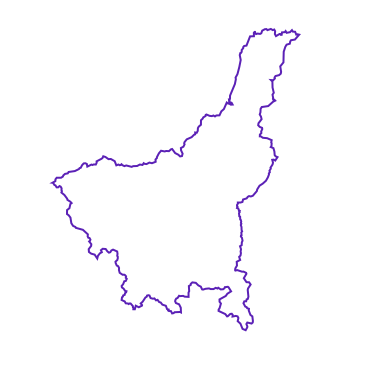 Caylloma, Arequipa, Peru, rotated 169°
{"feature_id": "86281439B30825453994343", "entity_name": "Caylloma", "entity_type": "district", "adm_level": 2, "iso_a3": "PER", "parent_name": "Peru", "parent_adm1": "Arequipa", "projection": "albers", "projection_center": [-71.786, -15.701], "detail": "fine", "context": "isolated", "style": "outline", "palette": "violet", "viewbox_px": 384, "rotation_deg": 169, "n_neighbors": 0, "source": "geoboundaries", "source_scale": "gbopen_adm2", "svg_char_len": 5986}
<svg xmlns="http://www.w3.org/2000/svg" viewBox="0 0 384 384"><g transform="rotate(169 192 192)"><path d="M327.2,227.7L326.6,227.5L325.7,225.1L324.8,224.6L324.0,222.4L322.6,222.1L320.9,223.1L319.9,222.3L319.3,220.5L319.8,218.6L319.5,217.7L320.3,216.4L317.8,213.4L315.8,209.2L315.8,208.1L313.3,205.7L312.3,204.1L313.7,203.4L315.4,199.5L318.1,198.1L318.9,194.2L317.5,192.7L316.2,190.1L316.4,184.4L315.2,181.4L313.1,179.9L312.9,179.0L306.3,175.7L302.3,170.3L302.9,168.4L302.5,166.9L301.4,166.4L300.8,164.7L301.4,163.6L302.4,163.1L300.8,160.0L301.3,158.3L304.3,155.6L304.6,152.8L302.7,150.7L299.5,149.1L297.7,144.8L296.5,147.3L294.1,149.4L292.0,150.1L292.5,152.2L290.5,153.3L287.6,152.5L286.4,149.9L285.1,148.3L283.7,148.5L282.3,150.0L280.5,150.5L276.8,147.9L276.9,145.5L277.6,143.6L277.2,142.7L277.5,141.1L278.3,139.5L280.4,138.2L280.5,136.9L279.9,134.2L278.6,133.2L278.1,131.3L278.6,129.4L278.4,126.5L275.9,124.0L274.4,123.8L273.7,123.3L272.8,121.8L273.4,120.4L272.6,119.2L274.0,117.3L275.5,117.3L277.2,114.6L279.0,113.2L279.0,111.7L277.6,110.2L276.5,107.6L275.3,107.1L275.8,106.1L277.1,105.4L277.7,103.9L279.3,103.6L279.8,102.5L280.8,102.0L281.7,99.4L278.9,97.4L278.3,95.4L276.0,94.7L275.6,94.1L274.2,94.5L273.5,94.2L271.8,91.2L272.0,89.9L271.5,89.1L271.9,88.1L270.5,87.8L268.9,91.1L266.2,89.0L262.8,90.0L262.6,90.5L263.6,92.4L261.4,93.7L257.9,97.3L256.4,97.9L255.9,98.9L254.5,99.0L253.5,98.5L252.9,95.8L250.7,94.7L249.2,94.7L248.0,92.5L246.4,92.7L245.2,90.2L243.8,89.5L242.6,87.1L239.4,85.3L238.8,81.8L237.4,81.1L238.0,80.2L237.3,79.5L235.4,79.1L234.7,76.6L233.2,76.6L232.0,77.3L226.6,76.5L225.8,75.9L225.1,80.6L226.1,84.2L229.0,86.1L229.4,88.0L228.8,89.3L227.8,90.4L226.4,90.7L224.5,92.6L223.7,92.1L220.5,91.7L219.2,90.7L215.4,89.7L214.6,93.9L213.7,95.2L213.0,100.3L211.0,101.0L210.7,102.1L208.9,103.2L205.6,102.1L203.6,99.1L201.4,97.4L200.7,94.5L199.8,94.1L197.1,94.4L193.7,94.1L192.1,93.1L189.4,92.6L187.0,93.4L185.4,92.4L184.5,93.0L182.4,90.9L180.0,90.6L178.4,91.4L177.9,92.3L174.9,92.1L174.3,91.5L172.6,87.0L176.7,85.4L178.7,83.5L185.5,81.3L185.9,79.0L184.9,77.0L187.1,72.7L188.3,71.5L188.6,70.2L182.6,65.8L181.3,63.2L180.6,63.2L177.7,65.0L176.2,64.9L175.5,63.6L176.0,62.0L172.6,62.0L171.0,61.2L170.5,59.5L171.8,56.5L169.6,53.6L168.5,48.0L165.7,46.1L163.6,48.6L163.3,49.5L163.8,52.0L162.6,53.3L158.6,51.5L157.3,52.3L156.8,53.8L156.5,58.4L158.1,60.2L158.9,64.8L158.4,66.5L160.0,67.4L160.3,68.5L161.6,69.4L162.7,73.0L161.5,74.7L159.7,74.4L158.8,76.2L157.6,76.4L156.6,78.5L156.0,85.2L155.4,86.6L152.1,90.0L153.2,92.5L155.7,93.1L157.6,97.5L154.2,101.3L154.3,102.3L156.6,104.0L158.2,104.3L162.5,106.7L164.4,106.6L164.6,107.1L164.0,108.8L161.9,111.2L161.4,115.0L157.7,116.1L158.1,119.3L156.5,120.4L155.6,122.8L155.7,124.1L154.8,126.5L155.2,129.6L153.4,130.3L152.7,133.1L151.7,134.5L151.7,137.5L152.5,139.0L152.2,139.9L151.6,140.1L151.3,142.9L150.3,143.8L150.6,145.1L150.1,148.2L150.4,150.3L149.6,151.4L149.9,152.3L149.3,153.7L149.5,155.5L149.9,155.8L149.5,158.6L150.2,159.1L150.1,159.9L149.9,162.3L149.0,163.2L149.4,164.0L148.8,164.5L149.5,165.2L149.7,167.0L150.9,167.7L150.1,169.1L150.5,169.7L150.2,170.8L149.1,171.9L149.0,172.9L146.5,172.4L144.4,172.6L143.3,174.9L139.6,175.3L138.2,176.6L136.8,177.1L135.1,176.4L133.0,176.7L128.2,180.5L127.5,182.1L124.5,185.3L121.0,186.7L117.3,188.9L114.8,191.8L113.1,194.5L113.0,195.6L111.8,196.6L111.9,198.1L110.2,199.9L110.3,200.9L107.7,203.6L106.9,205.3L107.1,208.3L105.6,208.2L104.3,207.0L101.4,209.9L103.1,211.1L103.8,212.4L103.4,216.0L103.7,219.5L106.1,221.1L105.2,222.0L104.5,224.7L104.8,225.5L103.9,227.7L108.0,230.5L112.1,231.7L113.9,233.5L114.8,233.7L114.4,235.4L112.7,236.6L112.5,238.3L111.0,240.4L111.0,241.6L113.1,243.0L114.3,244.9L113.6,246.8L109.8,250.2L109.9,252.8L110.7,255.2L109.6,257.2L108.8,260.5L107.3,262.1L100.8,261.8L95.1,265.2L92.9,265.8L93.6,266.9L94.6,267.2L94.8,268.0L94.4,268.7L94.4,272.2L92.8,273.8L93.0,279.2L92.0,285.1L93.1,286.8L91.0,286.2L89.0,287.6L89.1,288.7L87.9,289.9L84.2,290.1L82.3,291.2L81.6,292.9L81.4,298.5L77.5,301.8L75.2,312.2L72.7,316.7L71.0,318.6L67.7,318.9L66.8,321.1L65.8,322.1L61.9,322.0L56.8,326.0L58.6,326.8L59.6,326.6L60.2,329.6L62.4,330.2L63.0,331.8L65.3,330.2L68.7,330.2L69.4,332.1L70.4,331.2L73.2,331.5L74.0,329.2L74.8,329.3L75.3,330.3L75.9,330.4L79.8,329.0L80.5,331.3L79.7,334.0L80.3,335.8L81.8,335.5L83.5,337.0L87.1,336.5L87.8,337.7L89.4,337.9L92.3,337.0L93.7,334.6L95.0,334.2L97.4,335.0L99.0,334.8L99.5,335.7L99.6,337.1L100.0,337.2L100.9,336.5L101.5,333.1L105.3,333.7L110.6,325.3L112.9,325.4L114.1,324.4L114.3,323.4L116.1,321.9L116.5,320.1L117.6,319.0L118.1,319.1L119.0,317.3L119.0,312.3L121.7,305.7L124.9,299.0L127.4,296.0L127.4,294.4L129.3,289.8L136.3,279.3L136.8,276.7L137.6,275.0L138.1,275.4L138.3,273.4L136.1,272.0L135.5,270.1L137.2,270.3L138.6,271.6L139.7,271.9L140.8,273.2L144.9,267.3L147.8,265.6L150.4,262.0L153.5,262.5L155.0,261.8L156.4,263.0L158.0,262.7L160.2,263.4L163.0,265.3L163.8,265.1L164.2,264.0L166.7,263.1L167.5,262.0L169.5,260.7L170.4,256.3L172.9,254.9L174.0,253.6L174.7,250.9L176.1,249.2L177.5,249.8L177.9,248.0L179.1,247.8L181.9,245.9L187.1,244.7L189.8,242.4L190.4,241.3L190.2,240.2L191.8,238.1L194.5,237.3L194.8,235.0L193.9,231.4L195.0,229.2L196.9,229.2L198.3,231.2L201.1,233.4L203.3,238.0L204.5,237.9L206.8,236.5L209.6,237.2L211.0,237.0L214.5,238.4L217.1,236.3L219.8,232.9L220.0,232.0L221.6,230.9L221.9,228.6L225.8,227.9L228.2,229.0L231.3,228.1L233.2,228.7L233.9,229.5L235.4,228.0L238.0,228.9L240.9,228.0L244.8,228.6L246.4,228.2L251.5,230.6L253.4,230.3L255.3,231.7L255.9,232.7L256.9,232.1L257.9,232.1L259.0,233.0L261.2,232.6L262.0,237.0L265.4,239.9L267.7,240.2L270.3,242.9L272.3,244.0L273.3,242.5L274.4,241.9L279.8,240.3L280.0,238.9L281.2,237.3L283.2,237.8L284.5,237.5L285.5,238.1L289.9,236.9L289.9,239.6L291.3,240.6L292.9,240.7L294.8,239.3L296.6,237.0L297.8,236.9L298.6,236.1L303.0,234.9L309.3,235.2L310.4,234.0L313.2,234.0L315.2,232.8L315.8,231.8L317.8,231.0L322.1,231.8L323.6,230.5L324.1,228.7L327.2,227.7Z" fill="none" stroke="#5b21b6" stroke-width="2"/></g></svg>